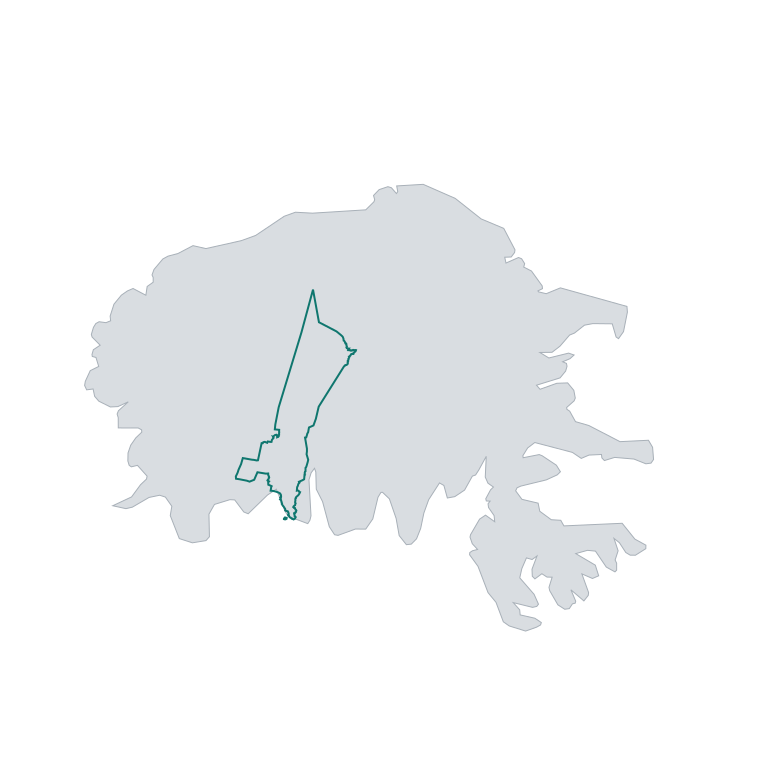 Þingeyjarsveit, Norðurland eystra, Iceland shown in context, rotated 195°
{"feature_id": "244011B2873245088627", "entity_name": "Þingeyjarsveit", "entity_type": "district", "adm_level": 2, "iso_a3": "ISL", "parent_name": "Iceland", "parent_adm1": "Norðurland eystra", "projection": "albers", "projection_center": [-17.794, 65.291], "detail": "fine", "context": "in_parent", "style": "outline", "palette": "teal", "viewbox_px": 768, "rotation_deg": 195, "n_neighbors": 0, "source": "geoboundaries", "source_scale": "gbopen_adm2", "svg_char_len": 9250}
<svg xmlns="http://www.w3.org/2000/svg" viewBox="0 0 768 768"><g transform="rotate(195 384 384)"><path d="M565.9,218.2L571.9,218.5L581.6,213.6L595.2,199.9L601.0,196.8L614.5,196.2L598.6,209.6L593.1,223.7L588.8,230.7L589.0,233.7L601.1,241.6L606.6,238.6L609.1,239.5L611.5,243.4L613.4,251.1L612.8,259.4L609.8,267.7L605.5,274.8L606.3,277.0L610.0,277.9L629.3,272.8L632.0,282.7L634.0,285.9L633.6,289.4L626.4,300.6L635.2,293.3L642.4,291.0L655.0,293.6L660.3,297.2L663.7,303.9L669.7,301.4L672.8,305.1L673.2,309.3L671.2,320.9L664.1,327.1L669.1,335.1L672.9,335.1L673.7,336.9L673.6,341.9L668.2,348.0L678.1,353.8L679.5,356.1L679.3,363.5L678.0,367.8L675.3,370.4L668.4,371.3L664.4,374.3L666.1,378.7L665.5,391.2L660.7,401.8L655.9,407.5L651.1,411.3L637.0,408.1L638.0,416.9L633.3,422.6L634.5,427.1L636.3,429.3L635.8,435.1L630.0,447.5L625.7,451.6L616.8,456.7L604.3,468.2L591.1,468.7L559.0,485.5L546.4,494.3L523.8,520.2L514.0,527.0L497.3,530.5L446.7,547.5L440.9,557.4L440.7,559.6L442.9,563.4L439.0,570.5L431.3,575.6L427.7,575.5L421.3,571.2L420.5,573.3L423.0,578.6L397.8,587.0L363.2,581.7L332.9,568.6L308.6,565.3L292.2,547.5L291.9,544.8L294.0,539.6L300.2,537.7L297.5,532.4L286.8,541.0L283.5,540.6L279.3,536.7L279.3,533.1L270.8,531.3L256.6,519.7L255.6,517.1L259.4,513.8L258.7,513.0L250.7,513.2L238.5,522.5L169.4,521.8L167.5,516.4L166.2,496.6L169.2,488.5L172.0,489.5L179.1,501.2L197.9,496.4L205.6,492.7L213.2,482.5L217.4,479.3L223.8,466.1L229.9,458.1L241.6,454.8L231.5,451.8L213.7,461.6L207.9,461.2L210.9,456.6L217.2,451.7L213.1,451.1L211.8,448.5L211.9,443.5L215.5,435.5L236.4,422.3L231.9,419.3L217.3,429.4L206.9,432.6L199.0,427.0L195.6,419.9L196.0,416.9L201.5,408.6L200.8,406.9L197.6,405.8L189.3,397.2L175.3,396.9L141.1,389.4L114.0,398.1L108.2,392.4L104.1,380.9L105.6,376.7L110.4,374.7L123.1,376.2L142.2,372.8L151.3,367.1L154.4,369.0L155.7,372.2L167.6,368.4L174.2,363.2L184.3,366.7L223.2,366.5L228.7,359.4L231.3,350.7L230.5,348.8L215.8,356.0L212.6,355.6L196.5,350.2L190.9,344.9L193.1,341.1L202.4,333.4L225.4,320.8L228.6,318.2L229.2,314.9L220.9,308.3L204.3,308.8L200.6,301.4L187.3,296.2L178.0,298.1L173.5,293.5L117.9,311.1L101.5,299.1L89.3,296.1L88.5,292.7L96.8,283.7L101.9,282.4L106.8,283.8L115.5,291.6L121.9,294.4L114.7,283.5L115.2,273.8L112.9,271.1L111.1,264.4L112.3,262.3L121.9,264.7L136.5,277.3L144.4,276.0L154.9,269.8L133.0,263.7L127.0,254.3L132.3,250.1L143.7,251.8L132.4,235.5L132.0,232.7L134.8,226.2L150.2,233.6L142.6,223.8L142.6,221.8L145.1,220.4L146.9,215.0L151.1,213.2L158.9,215.7L170.4,227.2L172.0,230.3L171.6,240.9L176.6,239.7L182.4,241.6L187.8,234.8L191.0,236.7L193.1,243.4L191.7,257.5L195.5,252.8L201.4,252.9L203.1,241.3L202.7,231.9L184.6,219.7L177.8,211.3L178.9,208.7L182.7,206.7L202.6,206.3L194.5,201.0L192.7,196.2L177.7,196.8L170.3,194.3L170.4,191.8L173.7,188.6L183.3,182.0L200.4,182.7L207.2,185.2L219.3,202.1L229.5,209.4L246.0,232.2L257.1,241.2L257.5,243.4L255.4,245.8L250.8,248.4L257.4,252.6L261.3,258.4L261.4,260.9L256.7,278.2L252.0,283.6L241.4,279.6L243.6,285.4L251.0,291.7L252.5,295.2L251.2,298.3L254.9,297.5L256.0,299.5L253.7,309.3L251.6,312.8L257.9,315.1L262.1,320.3L266.5,340.6L270.2,325.4L272.0,319.8L274.8,317.9L278.7,302.4L286.5,293.5L293.3,290.3L299.9,301.5L304.8,302.8L310.9,283.8L312.1,269.7L311.2,254.0L312.5,242.9L316.2,236.4L320.8,234.6L330.1,241.5L337.5,257.3L349.1,274.5L357.4,279.0L358.9,278.5L360.5,273.0L359.9,250.8L364.1,239.1L374.1,236.5L389.2,225.9L392.7,225.6L399.9,232.0L412.9,254.5L422.2,264.9L427.1,281.4L429.3,284.6L431.4,279.4L431.7,272.1L420.4,237.8L420.3,233.2L421.5,229.4L442.0,231.4L446.5,235.2L460.8,254.6L467.8,246.6L481.6,223.5L486.3,224.1L498.2,233.4L502.9,232.4L516.6,223.8L519.4,213.0L513.1,191.3L515.4,186.7L528.0,181.0L541.7,181.7L556.4,201.6L557.3,211.0L565.9,218.2Z" fill="#d9dde1" stroke="#a8b0b8" stroke-width="1"/><path d="M465.9,251.6L464.7,251.8L463.2,252.0L461.1,252.1L458.1,251.9L456.1,251.4L456.0,251.1L455.6,251.0L455.5,250.8L455.1,250.4L454.7,250.0L454.6,249.1L454.4,249.0L454.3,248.7L454.5,248.5L454.4,248.1L454.5,247.9L454.3,247.9L454.2,247.7L454.4,247.5L454.2,247.4L454.1,247.2L454.2,246.8L454.2,246.7L454.3,246.6L454.1,246.3L454.3,245.8L454.2,245.8L454.1,245.6L453.8,245.7L453.5,245.4L453.1,244.6L452.6,244.0L452.6,243.6L452.4,243.4L452.2,242.8L451.9,242.7L451.6,242.4L451.6,242.1L451.6,241.6L451.2,241.4L450.9,240.9L450.4,240.4L449.4,239.8L448.1,238.6L447.2,237.9L446.8,237.1L446.9,236.8L446.9,236.7L446.6,236.6L446.5,236.3L445.6,236.0L445.2,236.1L444.1,236.2L443.5,235.6L443.2,235.3L443.2,234.9L442.8,234.6L442.6,234.3L442.4,233.7L442.3,233.4L442.4,233.1L442.6,232.9L442.8,232.7L442.5,232.3L441.6,232.1L441.2,231.4L440.9,231.1L440.5,230.8L439.6,230.8L439.3,230.5L438.6,230.3L438.4,230.1L437.9,230.2L437.6,230.1L437.5,229.9L436.6,229.9L436.2,229.8L435.8,230.3L435.5,230.7L435.2,230.9L435.1,231.3L435.1,231.7L434.8,232.3L434.9,232.6L435.1,232.9L435.6,233.1L436.1,233.1L436.2,233.3L436.2,233.6L436.3,233.9L436.6,234.3L436.6,234.6L436.9,235.1L437.2,235.3L437.2,235.6L437.4,235.9L437.4,236.0L436.4,236.4L436.2,236.9L436.2,237.1L436.4,237.3L436.3,237.7L435.9,237.9L436.0,238.2L435.9,239.1L436.4,239.6L437.1,239.8L437.6,240.7L437.8,241.1L438.1,241.2L438.8,241.0L439.8,241.6L439.6,242.5L439.2,243.0L439.0,243.5L438.5,243.9L438.5,244.0L438.5,244.6L438.7,245.3L438.5,245.9L439.0,246.4L439.3,246.8L439.3,247.0L439.3,247.4L439.4,247.8L439.5,248.9L439.5,249.0L439.8,249.6L439.9,250.0L439.8,250.5L439.5,251.0L439.8,251.5L439.6,252.0L439.3,252.4L439.2,252.7L438.4,253.8L437.8,254.9L437.4,256.1L437.1,257.8L437.8,257.9L438.2,258.0L438.5,258.2L438.7,258.7L439.0,258.8L439.3,258.8L440.0,258.9L440.6,258.5L441.2,261.9L440.9,263.2L440.9,263.6L440.9,263.9L440.8,265.5L440.6,265.9L440.2,266.5L440.1,266.9L440.7,267.2L440.9,267.5L437.8,270.0L436.8,271.0L436.5,271.3L436.9,273.8L437.0,274.0L437.0,274.3L437.0,274.8L437.1,275.1L437.2,275.3L437.0,275.5L437.2,275.9L437.3,275.9L437.3,276.1L437.2,276.2L437.1,276.4L437.3,276.5L437.4,276.9L437.4,277.1L437.6,277.6L437.6,278.0L437.6,278.3L437.6,278.7L437.4,279.0L437.5,279.1L437.3,279.5L437.4,279.8L437.4,280.0L438.1,282.7L437.7,283.5L437.6,284.6L437.5,288.8L437.6,291.2L440.6,296.1L441.0,299.0L441.7,301.6L446.4,311.8L445.3,312.3L445.2,315.5L445.3,315.8L445.2,316.2L445.1,316.9L444.8,317.6L445.2,322.3L445.2,322.6L441.4,325.7L440.8,332.8L441.2,345.2L439.7,350.1L427.2,390.7L427.0,390.8L426.8,391.0L426.6,391.8L426.3,391.9L426.2,392.2L425.8,392.5L425.2,392.6L424.5,393.5L424.4,393.9L424.3,394.1L424.4,394.3L424.3,394.5L424.3,394.9L424.4,395.1L424.7,395.4L424.8,395.6L424.6,395.9L424.6,396.1L424.8,396.5L424.5,396.7L424.5,396.9L425.0,397.4L424.9,397.7L424.7,397.8L424.7,398.6L424.6,398.8L424.9,399.3L424.7,399.6L424.7,399.9L424.5,400.3L424.6,400.5L424.6,401.2L424.8,401.4L424.3,401.7L424.3,402.1L424.1,402.3L424.1,402.6L423.8,402.9L423.7,403.0L423.7,403.4L423.4,404.4L422.6,404.8L422.1,405.3L421.9,405.3L421.6,405.0L421.3,405.1L421.3,405.6L421.2,406.4L420.7,407.0L420.5,407.5L420.3,407.8L420.1,408.0L420.1,408.5L419.8,408.8L419.8,409.3L419.8,409.5L420.1,409.5L420.9,409.2L421.1,408.9L421.4,409.0L421.6,408.8L421.8,409.0L422.4,409.0L422.7,408.8L422.9,408.8L423.0,408.7L423.1,408.4L423.3,408.3L423.6,408.0L424.1,408.1L424.4,407.7L424.7,407.6L425.2,408.0L425.9,407.9L426.2,407.6L426.5,407.7L426.8,407.6L426.8,407.8L426.8,408.1L427.5,407.8L427.5,408.1L427.5,408.3L427.7,408.6L428.2,408.8L428.0,409.0L428.6,408.9L429.2,409.0L429.4,409.3L429.7,409.5L429.6,410.0L429.5,410.3L429.5,410.5L429.8,410.7L429.9,410.8L430.0,411.1L430.1,411.3L430.1,411.5L430.3,411.7L430.3,412.0L430.5,412.3L430.8,412.5L430.9,413.2L431.1,413.3L431.5,413.2L431.8,413.2L432.0,413.5L431.9,413.8L432.2,414.1L432.5,414.2L433.0,414.9L433.6,415.4L434.2,415.5L434.9,417.3L435.9,418.7L436.5,419.2L438.4,420.2L443.5,422.5L462.8,426.8L477.0,456.8L477.1,412.5L479.7,334.3L478.5,316.8L477.7,311.9L473.4,312.6L473.1,311.2L472.7,310.3L472.7,309.6L472.2,307.9L472.3,307.8L472.4,307.6L472.2,306.7L472.5,306.5L472.3,306.0L472.4,305.8L472.6,305.4L472.8,305.3L472.9,305.5L473.0,305.4L473.0,305.6L473.5,305.5L473.5,305.8L473.9,306.1L474.0,306.3L473.9,306.4L474.1,306.7L474.1,306.8L474.2,307.0L474.6,307.2L475.9,306.6L477.5,304.6L477.4,304.4L477.5,304.4L477.4,304.3L477.4,304.1L477.1,304.0L477.0,303.7L476.7,303.4L477.8,301.0L477.7,299.0L478.2,298.9L478.5,298.7L481.4,298.4L481.6,297.6L481.6,297.0L482.4,297.0L484.1,297.3L485.1,296.7L485.3,296.7L485.5,296.6L485.7,296.1L485.7,295.7L485.8,295.4L486.9,295.2L486.0,277.7L487.2,277.2L490.3,277.0L492.0,276.7L501.2,275.9L501.3,271.3L501.3,270.3L501.3,269.8L502.3,263.6L502.4,261.3L502.5,260.1L503.2,256.4L502.4,254.2L498.9,254.6L491.5,255.1L488.6,254.9L484.6,257.9L483.4,266.0L475.3,266.8L474.1,267.1L472.7,267.6L472.5,267.1L472.6,266.7L472.3,266.1L472.1,265.9L471.8,265.7L471.4,264.9L471.2,264.8L471.2,264.5L471.2,264.4L470.8,264.1L470.8,263.8L470.7,263.7L470.8,263.3L471.0,263.0L471.0,262.7L470.9,262.4L471.1,262.0L471.1,261.9L471.3,261.6L471.2,261.5L471.2,261.3L471.5,261.1L471.6,260.6L470.6,260.0L470.6,260.4L469.8,260.2L470.1,259.5L470.4,259.3L470.4,259.2L470.3,258.4L470.0,257.9L469.7,256.8L466.9,256.4L466.1,256.2L466.3,255.6L465.9,251.6ZM445.7,227.6L444.5,227.6L443.7,228.1L443.2,228.7L443.3,228.9L443.4,229.0L443.5,229.2L443.5,229.5L444.6,229.3L444.8,229.5L445.1,229.5L445.5,228.8L445.5,228.6L445.8,228.0L445.7,227.6Z" fill="none" stroke="#0f766e" stroke-width="2"/></g></svg>